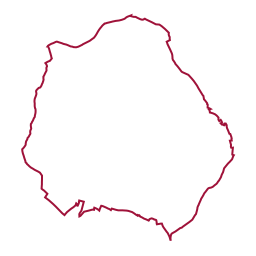 Ludos, Sibiu, Romania (orthographic projection)
{"feature_id": "2599482B73339255200359", "entity_name": "Ludos", "entity_type": "district", "adm_level": 2, "iso_a3": "ROU", "parent_name": "Romania", "parent_adm1": "Sibiu", "projection": "orthographic", "projection_center": [23.908, 45.934], "detail": "fine", "context": "isolated", "style": "outline", "palette": "rose", "viewbox_px": 256, "rotation_deg": 0, "n_neighbors": 0, "source": "geoboundaries", "source_scale": "gbopen_adm2", "svg_char_len": 5678}
<svg xmlns="http://www.w3.org/2000/svg" viewBox="0 0 256 256"><path d="M233.8,155.2L233.2,155.0L232.3,154.6L232.3,154.1L232.4,153.0L232.5,151.7L232.9,147.7L232.4,147.8L231.2,147.7L230.9,146.8L231.0,144.9L230.9,144.3L230.7,143.7L229.9,140.7L231.7,140.5L231.6,140.1L231.5,138.9L231.7,138.7L231.4,137.1L230.3,134.0L229.4,133.8L227.9,130.0L227.1,128.3L226.7,126.8L226.7,125.2L225.7,123.5L224.7,123.5L224.6,123.8L224.5,125.2L224.4,125.3L224.1,125.3L223.4,125.0L222.9,124.3L222.0,124.6L220.7,123.3L222.0,122.3L221.6,121.4L221.2,120.6L220.7,119.9L219.3,121.1L218.8,120.4L218.4,119.4L218.5,117.6L217.2,116.1L216.5,115.4L214.9,114.2L212.8,113.3L211.1,112.8L209.9,112.5L209.9,111.8L209.7,111.3L209.4,110.0L209.6,109.7L209.0,109.5L208.8,109.4L208.9,109.2L209.7,109.3L210.6,109.0L209.6,108.4L207.6,107.6L207.7,105.7L207.7,104.7L207.1,104.1L207.2,103.3L205.1,100.5L204.0,99.3L203.4,95.9L202.7,95.2L198.4,88.2L197.3,86.1L196.8,85.3L193.8,81.0L191.8,78.6L189.0,75.5L188.5,75.0L188.1,74.7L186.7,74.1L182.5,72.2L181.8,71.8L181.4,71.4L179.7,69.1L177.6,66.4L175.4,63.9L175.1,63.1L173.9,61.2L172.9,59.9L172.7,59.2L172.5,58.6L172.5,57.8L172.3,55.1L172.1,54.3L171.8,53.3L171.4,52.4L170.1,49.5L167.5,44.1L167.2,43.0L166.7,41.7L169.9,40.1L169.7,38.8L169.7,37.2L169.5,36.5L169.2,36.2L168.9,35.3L168.7,34.4L168.7,33.6L168.9,32.9L168.8,32.7L165.0,29.0L161.6,26.1L159.4,24.6L155.8,24.3L151.8,22.2L146.1,19.5L144.8,18.7L144.4,18.8L143.9,19.3L143.1,19.6L142.1,19.7L141.3,19.5L140.3,19.2L137.3,17.8L135.7,16.9L134.3,16.9L133.4,16.8L130.7,16.1L131.0,15.4L127.5,16.7L126.4,17.3L124.7,18.7L123.8,19.1L122.9,19.4L121.8,19.8L119.0,20.5L115.7,20.9L112.3,21.6L111.3,21.9L106.7,23.0L105.7,23.4L105.0,23.4L104.4,23.7L104.4,23.9L103.2,24.8L102.2,25.8L101.1,27.2L100.4,28.0L99.2,29.6L98.1,31.3L96.3,34.5L95.3,36.0L94.0,37.7L93.6,38.0L91.5,39.5L90.2,40.5L89.2,41.1L82.8,44.3L82.4,44.7L81.4,45.2L80.0,45.9L78.3,46.7L76.1,47.3L73.4,47.1L72.6,46.7L70.6,46.4L67.9,45.2L66.4,44.6L63.5,43.9L61.8,43.2L60.2,42.7L59.2,42.4L57.1,41.7L56.5,41.7L55.8,41.9L53.3,43.1L51.3,43.8L48.8,45.2L48.0,45.8L47.6,46.4L48.0,46.4L48.1,46.5L48.3,47.0L48.6,47.7L49.1,48.7L49.2,49.2L49.9,51.8L50.1,52.4L50.4,53.3L50.8,54.9L51.1,55.8L51.2,56.3L51.3,57.1L51.7,58.1L51.8,58.5L51.4,58.9L51.2,59.3L50.5,60.0L50.1,60.7L49.2,61.1L48.0,61.6L46.3,62.5L45.4,63.1L46.1,64.0L46.7,65.2L47.0,66.1L47.0,66.4L46.6,67.2L46.4,67.8L46.4,68.6L46.5,70.3L46.5,70.6L46.2,71.2L45.1,73.3L44.1,75.5L43.6,76.3L43.4,76.7L43.3,77.0L43.5,77.8L43.4,78.8L43.6,79.5L43.2,81.2L43.0,81.6L42.6,83.0L42.2,83.6L41.3,85.9L40.7,86.7L40.4,87.3L40.1,87.5L39.7,87.7L39.1,87.8L38.7,87.9L37.6,89.0L36.8,89.8L36.3,90.5L36.1,91.0L36.1,91.7L36.4,93.2L36.4,94.0L36.2,94.9L35.5,96.9L35.0,98.1L34.7,99.0L34.5,100.7L34.5,101.9L34.7,103.2L34.7,104.3L34.7,106.1L34.8,106.9L35.1,108.3L35.3,108.6L35.5,109.2L35.6,110.8L35.5,112.8L35.2,114.3L34.9,115.5L34.8,116.4L34.8,116.8L34.4,117.5L33.8,118.3L33.3,119.7L32.5,121.3L32.0,122.0L31.7,122.9L31.3,123.5L30.9,123.9L30.8,125.3L30.9,126.4L31.0,127.5L31.2,128.1L31.2,128.5L31.1,128.9L30.3,130.7L30.2,131.6L30.2,132.5L30.4,133.3L30.3,133.8L30.1,134.3L29.5,135.2L28.8,136.6L28.2,137.3L27.8,137.7L27.5,138.1L27.3,139.3L26.2,141.2L26.0,141.8L25.9,142.5L25.7,143.6L25.7,144.4L25.6,144.9L25.3,145.5L24.1,147.2L23.0,148.5L22.3,149.1L22.2,149.4L22.4,151.3L22.9,153.5L23.6,155.5L24.4,158.2L25.3,160.8L25.5,161.7L25.5,162.1L26.1,162.9L26.6,163.2L26.9,163.9L27.4,164.4L28.0,164.9L29.4,166.3L31.0,167.6L33.1,168.8L34.6,169.8L38.0,171.5L39.9,172.6L42.0,175.6L42.0,175.8L42.0,179.3L41.9,182.0L41.9,184.5L41.8,185.5L41.6,188.7L42.9,189.8L44.0,190.5L47.4,193.8L45.1,197.4L48.8,200.2L53.1,204.0L56.0,206.8L62.3,213.3L64.5,215.1L65.5,213.8L65.9,213.4L67.0,212.1L69.7,209.9L71.3,208.6L73.1,207.4L74.6,206.2L75.4,205.4L75.8,204.7L76.1,204.0L76.1,203.5L76.2,203.3L76.6,203.7L76.6,204.1L77.0,204.7L77.4,205.8L77.7,206.4L77.7,206.1L78.1,204.5L78.4,204.2L78.6,203.6L79.0,202.6L78.9,201.9L79.2,200.5L80.3,200.8L83.8,201.7L81.5,210.4L81.4,210.7L79.7,213.2L79.4,213.8L79.3,214.3L79.4,216.4L80.0,216.1L80.5,215.8L84.1,211.7L88.4,210.7L92.4,209.6L94.0,209.8L94.1,208.4L94.3,207.7L95.8,208.3L97.4,209.1L98.0,209.5L99.3,210.6L99.7,209.3L100.2,208.1L101.2,205.8L101.6,205.8L103.2,206.3L106.4,207.7L108.1,208.6L109.2,209.0L110.2,209.6L110.9,210.1L111.8,208.6L115.9,209.8L118.1,210.3L122.0,210.3L126.6,210.6L128.4,210.9L132.2,212.1L134.2,213.4L135.3,214.2L136.7,215.2L137.4,215.1L137.6,214.9L137.8,215.0L138.0,215.2L138.0,215.7L138.5,215.6L138.9,215.2L139.2,215.2L139.7,215.7L139.8,215.9L139.7,216.2L139.8,216.3L140.7,216.8L142.2,217.5L144.0,218.6L146.4,219.5L148.7,220.6L149.1,220.1L149.3,219.4L149.6,219.2L150.0,218.9L151.5,218.4L151.8,218.4L153.8,219.1L154.0,219.3L154.3,219.6L155.3,219.7L156.1,220.0L156.3,220.3L156.7,222.7L156.7,223.7L156.9,224.3L160.9,223.6L161.9,223.6L162.6,225.7L163.4,227.2L166.6,231.7L167.7,233.0L169.5,236.7L170.6,240.6L170.7,240.1L170.5,239.1L170.5,237.9L170.6,236.9L170.8,235.7L171.2,234.4L171.5,233.9L172.0,233.4L175.4,231.5L178.5,229.3L180.3,228.0L181.7,227.7L182.8,226.7L189.4,222.0L192.3,219.7L192.6,219.2L195.0,215.2L195.8,214.3L196.0,214.0L197.1,209.9L197.3,208.9L197.5,207.3L197.8,206.6L198.3,205.4L198.7,204.9L198.8,204.3L200.9,199.6L201.0,199.2L201.3,198.5L201.8,197.8L203.4,195.1L203.8,194.2L204.5,193.0L205.3,192.1L207.8,188.8L208.5,188.2L209.7,187.8L210.1,187.8L211.0,187.6L212.2,187.1L212.8,186.8L214.8,185.1L216.3,184.0L216.7,183.6L217.4,182.7L218.1,181.5L218.6,181.0L219.1,180.4L219.4,179.8L219.7,179.3L220.6,177.8L221.1,176.8L221.5,175.4L221.9,174.4L223.0,172.3L223.4,171.0L224.0,168.7L224.2,168.2L227.6,164.0L228.7,162.8L229.5,162.1L230.1,161.4L231.7,159.7L232.1,159.2L233.2,156.2L233.8,155.2Z" fill="none" stroke="#9f1239" stroke-width="2"/></svg>